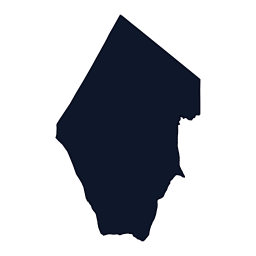 outline of Lushoto, Tanga, United Republic of Tanzania
{"feature_id": "72390352B30242417713864", "entity_name": "Lushoto", "entity_type": "district", "adm_level": 2, "iso_a3": "TZA", "parent_name": "United Republic of Tanzania", "parent_adm1": "Tanga", "projection": "natural_earth1", "projection_center": [38.469, -4.546], "detail": "fine", "context": "isolated", "style": "filled", "palette": "ink", "viewbox_px": 256, "rotation_deg": 0, "n_neighbors": 0, "source": "geoboundaries", "source_scale": "gbopen_adm2", "svg_char_len": 5280}
<svg xmlns="http://www.w3.org/2000/svg" viewBox="0 0 256 256"><path d="M56.3,137.6L57.9,139.3L58.8,140.3L63.0,144.3L65.9,148.4L68.0,151.4L71.2,159.0L72.3,161.8L72.9,163.2L74.4,167.2L74.5,167.6L74.9,168.7L76.8,174.0L78.2,176.2L79.4,178.0L80.6,180.0L82.0,182.3L84.1,187.0L86.4,197.6L86.5,197.7L86.6,198.0L86.6,198.3L86.6,198.6L87.0,198.8L87.4,199.1L87.3,199.3L87.3,199.6L87.3,199.9L87.5,200.0L87.8,200.1L87.9,200.3L87.9,200.5L87.9,200.9L88.0,201.0L88.5,201.0L88.8,201.2L88.9,201.4L89.0,201.7L89.2,202.1L89.4,202.4L89.6,202.7L89.7,203.0L89.9,203.1L90.1,203.3L90.2,203.5L90.3,203.7L90.4,204.0L90.6,204.2L90.9,204.4L91.1,204.8L91.3,204.9L91.6,205.1L91.7,205.4L91.9,206.0L92.1,207.1L92.4,207.9L92.8,208.7L93.6,210.0L94.6,211.2L95.4,212.2L96.1,213.2L96.6,214.5L96.8,215.2L97.0,216.5L97.3,217.6L97.5,219.0L97.9,220.5L98.2,222.1L98.2,223.6L98.7,225.3L98.9,226.8L99.4,228.4L100.0,229.9L100.6,231.5L101.1,232.8L101.6,233.5L103.1,234.2L103.5,234.7L103.5,234.8L103.8,234.9L104.2,234.6L104.3,234.6L104.5,234.6L105.0,234.5L105.5,234.4L105.9,234.2L106.4,234.1L107.0,233.9L107.8,233.7L108.5,233.6L108.9,233.6L109.4,233.6L110.1,233.6L111.0,233.6L111.7,233.7L112.8,233.9L114.7,233.9L115.9,233.7L116.6,233.6L117.0,233.6L117.3,233.6L117.7,233.7L118.0,233.9L118.5,234.0L118.8,234.0L119.1,234.1L119.4,234.3L119.8,234.6L120.2,234.5L120.5,234.3L120.9,234.2L121.5,234.0L121.9,233.8L122.5,233.6L123.2,233.5L123.8,233.3L124.4,233.2L124.8,233.1L125.3,233.1L125.8,233.0L126.4,232.9L127.0,232.9L127.4,232.8L127.7,232.8L128.2,232.8L128.5,232.9L128.9,232.9L129.3,233.1L129.9,233.3L130.4,233.3L131.0,233.3L131.8,233.3L132.5,233.3L133.1,234.2L133.7,235.8L134.3,236.0L135.2,236.6L136.4,237.3L136.5,237.4L137.1,237.9L137.7,238.5L138.5,238.8L139.4,239.0L140.2,239.3L140.9,239.7L141.2,240.0L141.6,240.2L141.8,240.5L142.1,240.6L142.6,240.6L142.9,240.6L143.1,240.6L144.3,239.7L144.5,239.4L145.3,238.6L145.7,237.7L146.0,237.5L146.5,237.2L146.8,236.6L147.9,235.3L148.4,234.6L148.6,233.7L148.7,232.5L149.0,231.0L149.3,229.5L149.8,227.8L150.3,226.0L151.1,224.4L151.7,223.1L152.0,221.9L152.6,221.0L153.6,219.3L154.3,217.5L155.0,215.4L155.5,213.6L156.1,210.2L156.5,208.3L156.8,207.3L156.8,206.1L156.9,205.7L156.9,204.7L156.9,203.8L156.8,203.0L156.7,202.1L156.7,201.1L156.9,200.2L157.2,199.6L157.6,199.2L157.9,199.0L158.5,198.7L159.2,198.4L159.9,198.2L160.6,197.8L161.2,197.5L161.7,197.2L162.1,197.0L162.4,196.8L162.8,196.4L163.1,196.0L163.3,195.4L163.7,194.7L163.9,194.2L163.9,193.9L164.1,193.3L164.3,192.6L164.6,192.3L165.0,192.0L165.2,191.5L165.4,190.9L165.7,190.5L166.0,190.3L166.2,190.0L166.2,189.7L166.4,189.2L166.7,188.8L166.9,188.3L167.0,187.6L167.2,186.9L167.4,186.4L167.7,186.0L168.0,185.6L168.3,185.0L168.6,184.5L168.9,184.1L169.3,183.6L169.6,183.0L169.5,182.5L169.6,181.8L169.7,181.4L169.9,180.9L170.1,180.5L170.6,180.1L171.0,179.7L171.5,179.4L171.8,179.0L172.4,178.4L172.7,177.9L173.0,177.4L173.3,177.1L173.9,176.3L174.6,175.8L174.9,175.4L175.3,174.8L175.6,174.2L175.8,174.1L176.3,174.4L176.7,174.5L177.1,174.4L177.5,174.4L178.2,174.5L178.9,174.7L179.3,174.7L179.7,174.9L180.1,174.9L180.7,175.1L181.4,175.3L181.7,175.7L182.0,175.9L182.6,176.5L183.4,176.7L183.9,176.8L184.2,176.9L184.3,176.5L183.8,175.7L183.4,175.0L182.8,174.0L182.1,172.2L181.7,171.5L181.1,170.5L180.5,169.3L180.0,168.1L179.4,167.0L179.0,165.7L178.9,164.9L178.8,164.4L178.9,163.8L178.8,163.1L178.8,161.9L178.9,161.1L179.0,160.1L178.8,159.0L179.0,158.1L179.0,157.4L178.8,156.6L178.6,155.7L178.6,154.9L178.5,154.0L178.3,153.0L178.2,152.6L178.2,152.4L178.1,152.0L177.8,150.8L177.6,149.5L177.4,148.3L177.1,147.1L176.9,145.7L177.0,144.5L177.1,143.3L177.1,142.2L177.0,140.7L177.1,139.2L177.0,137.9L177.1,136.9L177.1,135.5L177.4,133.7L177.4,132.4L177.5,130.8L177.4,128.9L177.4,126.1L177.4,125.3L177.7,124.0L178.0,123.9L178.5,124.1L178.8,124.3L179.1,124.2L179.1,123.8L178.9,123.2L178.4,122.7L178.1,122.2L178.3,121.6L178.6,121.1L179.0,120.5L179.5,120.1L179.8,119.5L180.0,119.1L180.0,118.8L179.8,118.3L179.5,117.5L179.9,117.2L180.1,116.7L180.5,116.4L180.8,116.1L181.4,116.1L181.7,116.5L182.1,116.7L182.4,116.4L182.7,116.4L182.9,116.6L183.2,116.8L183.3,117.2L183.4,117.8L183.6,118.1L183.8,118.0L184.2,117.7L184.8,117.5L185.5,117.3L186.0,117.2L186.5,117.5L186.8,117.7L187.3,118.1L187.6,118.4L188.0,118.8L188.4,119.1L189.2,119.5L189.9,119.6L190.3,119.5L190.9,119.5L191.2,119.7L191.5,119.6L191.5,119.1L191.6,118.9L191.8,118.7L192.3,118.6L192.4,118.3L192.7,117.8L192.8,117.8L193.1,117.6L193.4,117.3L193.7,117.4L194.1,117.4L194.6,117.0L194.8,116.5L194.8,116.0L194.7,115.4L194.9,115.3L195.9,114.9L196.4,114.6L196.7,114.2L197.0,114.5L197.3,114.6L197.6,114.5L198.1,114.6L198.6,114.7L198.8,114.8L199.2,114.4L199.6,114.0L199.6,101.8L199.5,89.3L199.7,79.6L198.6,78.6L198.2,78.3L164.7,51.0L155.3,43.4L143.1,33.5L142.1,32.7L139.9,30.9L131.5,24.2L125.9,19.6L121.7,16.2L120.5,15.4L120.4,15.4L112.7,29.2L110.8,32.4L110.5,33.0L109.9,34.0L106.7,40.4L106.6,40.5L105.3,43.0L104.6,44.3L103.3,46.5L100.5,51.7L98.5,55.2L96.0,59.7L94.3,62.9L91.6,67.7L83.8,81.3L76.6,93.3L73.5,98.8L70.5,104.1L67.3,108.9L64.1,113.7L61.0,118.4L60.9,118.4L59.0,121.5L57.4,124.0L57.2,124.7L57.1,125.7L57.3,126.9L57.3,129.7L57.2,130.8L57.2,132.3L57.1,133.5L57.1,134.8L56.9,135.4L57.0,135.5L56.8,136.0L56.6,136.7L56.3,137.4L56.4,137.5L56.3,137.6Z" fill="#0f172a" stroke="#020617" stroke-width="1.5"/></svg>